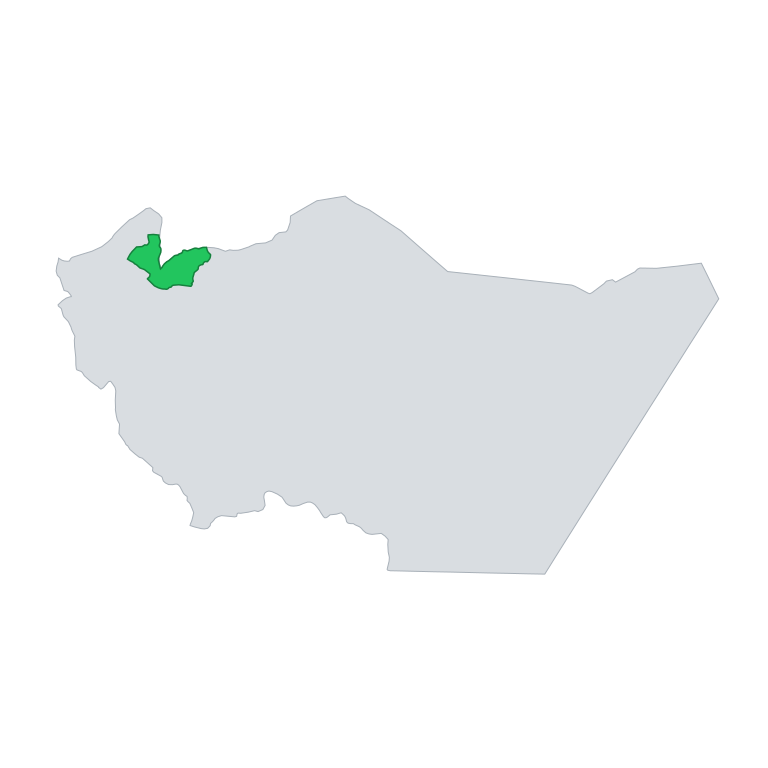 where Mayo-Kebbi Est sits in Chad, rotated 92°
{"feature_id": "TCD-1486", "entity_name": "Mayo-Kebbi Est", "entity_type": "Prefecture", "adm_level": 1, "iso_a3": "TCD", "parent_name": "Chad", "parent_adm1": "", "projection": "natural_earth1", "projection_center": [15.507, 10.186], "detail": "fine", "context": "in_parent", "style": "filled", "palette": "green", "viewbox_px": 768, "rotation_deg": 92, "n_neighbors": 0, "source": "natural_earth", "source_scale": "10m", "svg_char_len": 5850}
<svg xmlns="http://www.w3.org/2000/svg" viewBox="0 0 768 768"><g transform="rotate(92 384 384)"><path d="M568.4,216.7L568.7,235.3L568.9,253.8L569.2,272.4L569.4,290.9L569.6,309.5L569.9,328.0L570.1,346.5L570.3,365.0L570.4,371.2L570.0,373.6L569.8,374.0L569.1,374.4L560.7,372.7L557.0,372.6L551.8,373.9L544.2,374.6L539.3,374.4L536.0,377.6L533.4,381.5L534.7,390.7L534.4,393.7L533.4,396.9L531.2,399.6L528.9,401.7L527.5,403.6L525.8,407.8L524.6,409.8L524.7,412.4L524.3,415.1L523.0,416.5L519.4,417.6L517.2,418.8L515.4,420.8L514.2,422.3L514.8,424.2L515.7,426.8L516.3,430.9L516.6,433.3L518.4,435.3L519.5,436.7L519.8,438.4L518.8,439.8L514.6,442.8L512.8,443.9L510.9,445.4L510.1,446.0L507.0,448.8L505.4,451.3L504.6,453.4L504.7,456.3L506.3,460.6L508.1,464.3L508.8,467.0L509.2,470.0L509.1,472.9L508.2,475.4L506.6,477.7L500.7,481.9L497.8,486.6L495.5,492.2L495.0,495.3L495.6,497.3L496.9,499.1L498.6,499.9L501.2,500.2L505.5,499.3L509.5,498.6L513.7,500.7L515.9,505.4L515.1,508.9L516.8,515.1L518.2,522.7L518.1,525.3L518.8,526.2L521.4,526.7L522.0,528.5L521.2,541.8L522.5,545.5L524.3,548.2L526.3,549.5L528.3,551.3L529.4,552.5L531.7,552.8L534.4,555.2L535.1,558.5L534.9,561.6L533.5,568.3L532.2,572.9L530.7,572.6L527.6,571.4L523.8,570.5L519.2,569.7L514.8,571.6L510.0,573.9L508.5,575.7L507.2,576.8L505.1,576.6L503.2,576.9L502.2,578.6L500.4,580.5L493.6,584.4L492.1,585.8L491.3,587.2L491.3,588.7L492.0,591.9L492.0,595.8L490.5,599.0L488.7,601.1L486.7,601.9L485.0,602.4L483.9,603.7L480.3,610.9L478.8,612.3L475.6,612.1L466.6,622.9L465.7,626.1L462.4,630.6L458.3,635.6L454.5,638.1L454.2,639.0L453.2,640.0L450.9,641.1L442.9,647.2L433.3,646.9L429.1,649.3L425.0,650.4L418.9,651.6L417.1,651.5L409.4,652.0L400.3,651.8L396.8,652.7L393.6,655.0L391.1,657.0L390.8,657.7L391.1,658.6L391.1,659.2L397.4,664.2L399.0,666.7L397.4,669.1L396.7,669.4L396.6,669.6L395.5,671.5L391.8,677.1L386.2,683.8L383.3,685.7L382.1,686.9L380.6,691.4L379.6,692.0L375.8,692.6L368.0,693.0L357.4,694.5L351.0,695.0L347.0,694.6L341.4,697.6L339.4,698.4L338.2,698.7L332.7,701.6L328.1,706.2L326.4,707.1L319.9,709.1L317.4,712.2L316.2,712.5L312.0,708.3L309.2,704.5L307.8,700.7L307.6,699.5L306.8,699.7L304.6,701.4L302.6,703.3L301.7,707.0L295.0,709.5L289.3,711.6L286.7,714.3L282.6,715.6L277.5,715.1L273.5,714.0L269.6,713.6L271.5,710.3L272.2,707.8L272.4,704.7L272.1,702.7L269.8,701.6L268.3,700.0L264.9,690.4L261.5,680.5L256.6,670.8L251.4,664.6L247.5,660.8L246.3,660.3L244.4,659.1L243.0,658.0L236.0,651.4L228.7,644.0L226.9,640.6L223.2,635.6L219.2,630.4L217.1,628.0L216.1,623.8L218.9,619.9L221.9,615.1L225.6,611.8L230.3,611.6L238.2,612.9L246.7,613.4L255.1,612.4L257.3,611.7L259.4,611.8L263.9,612.9L271.8,612.6L275.8,610.7L271.5,607.3L266.8,602.0L262.4,596.2L259.7,590.9L257.2,584.1L255.0,575.7L253.6,564.8L253.8,558.7L254.5,554.3L256.9,547.1L255.3,542.9L255.7,539.5L255.4,534.5L254.7,531.9L251.6,523.6L251.0,522.7L248.3,516.9L247.1,507.2L244.1,500.9L239.2,497.8L236.4,494.1L235.4,487.4L233.5,485.7L225.8,483.4L219.4,483.3L214.7,475.9L208.7,466.3L203.2,457.4L199.6,439.5L197.6,429.3L199.9,426.2L204.5,418.9L210.4,405.0L223.6,383.5L230.3,372.4L243.7,356.0L260.2,335.7L269.4,324.3L270.9,303.5L272.5,281.6L273.7,265.0L275.2,245.3L276.4,228.8L277.3,216.8L278.6,199.8L279.7,196.5L286.1,183.2L286.6,181.4L285.4,179.2L276.2,167.8L273.4,165.3L271.8,159.4L274.1,156.1L263.1,137.1L260.4,134.7L259.2,132.4L259.1,129.0L258.9,115.8L256.0,95.1L252.2,71.1L265.0,64.2L274.8,59.0L287.2,52.4L298.8,59.2L315.5,69.0L332.2,78.9L349.0,88.7L365.8,98.6L382.6,108.4L399.4,118.3L416.2,128.1L433.1,138.0L449.9,147.8L466.8,157.7L483.7,167.5L500.6,177.4L517.5,187.2L534.5,197.1L551.4,206.9L568.4,216.7Z" fill="#d9dde1" stroke="#a8b0b8" stroke-width="1"/><path d="M266.2,613.9L268.2,613.8L276.2,611.6L276.8,611.4L275.2,609.8L274.0,609.3L271.6,607.7L270.0,606.0L270.0,605.8L269.5,605.5L268.2,603.3L263.3,598.1L262.9,597.4L262.7,596.5L262.6,595.5L262.4,594.7L262.1,594.2L261.6,593.7L261.1,593.1L260.6,591.5L260.3,590.8L259.6,590.4L259.4,590.2L259.2,590.0L258.8,589.9L258.4,589.9L258.0,589.8L257.7,589.6L257.5,589.4L257.2,588.6L257.2,587.6L257.5,586.6L257.8,585.8L257.9,585.2L257.6,584.2L254.9,578.1L254.8,576.6L255.2,574.8L255.4,573.8L255.1,573.0L254.8,572.4L253.8,569.8L253.6,566.2L256.7,565.3L257.4,564.9L257.9,564.7L259.1,563.7L259.8,562.8L260.1,562.6L260.2,562.4L260.5,562.1L260.8,561.9L261.0,561.8L263.1,562.0L264.7,562.5L265.1,562.7L265.7,563.1L267.0,564.1L267.2,564.3L267.6,564.4L267.9,564.7L267.9,566.8L268.1,567.5L268.7,568.1L269.3,568.6L269.9,568.9L270.5,569.1L270.8,569.1L271.0,569.4L271.1,570.2L271.2,570.7L271.5,571.5L272.1,572.6L272.5,573.0L273.0,573.4L273.6,573.6L274.2,573.7L275.0,573.7L275.7,573.8L276.2,574.2L276.9,574.9L279.1,577.4L279.8,577.7L281.1,577.9L284.0,578.7L285.3,578.8L286.2,578.7L287.5,578.3L288.2,578.3L290.1,579.7L290.4,579.9L290.8,579.2L291.7,579.4L292.9,580.1L293.0,580.4L293.1,580.6L292.0,592.5L292.6,597.9L292.8,598.5L292.9,598.8L293.3,599.2L293.6,599.4L294.1,599.8L294.3,599.9L294.5,600.1L294.6,600.4L294.8,601.0L294.9,601.7L295.1,602.2L296.0,602.9L296.3,603.3L296.8,604.2L296.8,604.4L296.9,604.8L296.7,607.1L296.8,608.0L296.5,610.0L295.7,612.9L294.1,616.5L293.8,617.0L287.2,624.1L286.8,623.9L285.0,622.1L284.2,621.8L283.0,621.7L282.6,621.6L282.1,621.7L278.0,627.4L277.8,628.0L277.6,628.5L276.6,631.7L276.5,631.9L276.4,632.1L273.8,635.1L273.0,636.3L272.8,637.0L272.5,637.5L272.3,637.8L271.9,638.0L271.7,638.2L271.5,638.6L271.2,638.9L270.9,639.4L270.5,640.4L270.4,640.6L269.5,642.5L269.2,642.8L269.0,643.2L268.4,644.3L268.1,644.7L265.8,643.6L263.2,642.3L260.4,640.3L257.1,637.3L255.7,636.1L255.1,630.6L253.3,627.9L253.5,625.9L252.3,624.6L250.4,623.6L248.6,624.2L245.1,625.0L243.2,624.9L242.6,619.8L243.0,614.2L244.4,614.2L248.9,612.6L250.5,612.7L252.6,613.3L253.7,613.4L254.7,613.1L255.1,612.8L255.7,612.2L256.1,611.9L256.4,611.8L258.1,611.6L260.2,611.7L266.2,613.9Z" fill="#22c55e" stroke="#15803d" stroke-width="1.5"/></g></svg>